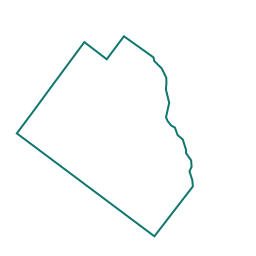 outline of Fulton, Illinois, United States of America, rotated 306°
{"feature_id": "52423323B45529880929650", "entity_name": "Fulton", "entity_type": "district", "adm_level": 2, "iso_a3": "USA", "parent_name": "United States of America", "parent_adm1": "Illinois", "projection": "albers", "projection_center": [-90.101, 40.449], "detail": "fine", "context": "isolated", "style": "outline", "palette": "teal", "viewbox_px": 256, "rotation_deg": 306, "n_neighbors": 0, "source": "geoboundaries", "source_scale": "gbopen_adm2", "svg_char_len": 524}
<svg xmlns="http://www.w3.org/2000/svg" viewBox="0 0 256 256"><g transform="rotate(306 128 128)"><path d="M57.9,69.6L56.3,184.5L55.9,213.0L118.8,214.8L123.4,210.9L129.1,203.2L134.1,202.2L138.9,198.1L141.8,189.7L144.4,187.8L150.9,179.1L151.4,172.4L155.9,165.7L155.4,161.4L157.0,155.8L159.1,152.4L172.5,146.6L181.4,136.1L187.2,132.5L191.2,129.4L196.0,120.3L197.0,113.9L197.7,109.7L200.1,107.2L199.8,70.8L171.1,70.4L171.8,42.2L115.0,41.7L86.7,41.6L58.3,41.2L57.9,69.6Z" fill="none" stroke="#0f766e" stroke-width="2"/></g></svg>